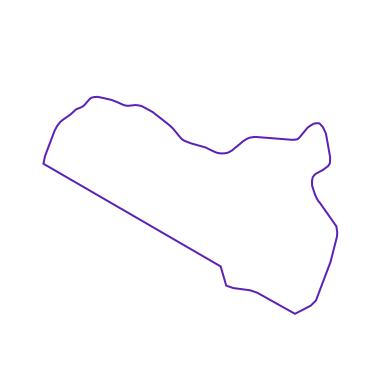 map outline of Tel Aviv (Natural Earth projection), rotated 283°
{"feature_id": "ISR-3057", "entity_name": "Tel Aviv", "entity_type": "District", "adm_level": 1, "iso_a3": "ISR", "parent_name": "Israel", "parent_adm1": "", "projection": "natural_earth1", "projection_center": [34.837, 32.095], "detail": "fine", "context": "isolated", "style": "outline", "palette": "violet", "viewbox_px": 384, "rotation_deg": 283, "n_neighbors": 0, "source": "natural_earth", "source_scale": "10m", "svg_char_len": 1225}
<svg xmlns="http://www.w3.org/2000/svg" viewBox="0 0 384 384"><g transform="rotate(283 192 192)"><path d="M96.5,319.6L108.5,278.3L109.3,270.9L107.7,253.8L108.5,246.4L125.9,236.7L186.1,40.9L193.9,40.7L220.7,44.3L226.2,45.8L230.8,48.0L232.9,49.6L240.4,56.3L246.5,60.5L249.5,64.8L251.0,66.5L253.0,67.9L259.9,71.5L261.5,73.3L262.6,75.6L263.4,78.3L263.6,81.5L263.6,93.2L262.6,99.7L261.5,105.0L261.3,108.4L261.7,110.6L264.0,117.3L264.4,120.5L264.4,123.7L261.1,135.6L252.4,154.2L249.7,159.0L241.4,169.8L240.2,172.9L239.2,179.9L238.4,195.5L237.1,200.9L235.9,206.7L235.9,209.6L236.3,212.5L237.1,215.2L238.0,217.4L239.2,219.2L240.2,220.2L241.4,221.6L245.1,224.3L247.1,226.0L253.0,230.4L256.5,233.9L257.9,236.0L258.9,238.4L259.9,241.1L265.4,278.0L266.2,280.7L267.2,282.9L269.2,284.4L280.6,290.1L282.5,291.7L285.6,294.8L286.3,296.0L287.1,298.1L287.5,300.8L284.8,304.8L279.2,309.3L256.9,318.8L251.2,319.9L247.9,318.8L242.8,314.4L237.8,308.7L235.9,307.3L233.5,306.3L229.8,306.4L225.0,307.7L217.2,312.4L213.8,315.0L211.7,317.0L210.5,318.7L191.3,340.1L191.1,340.2L191.1,340.3L190.7,340.5L189.7,340.9L185.4,342.6L181.1,343.3L155.1,342.7L114.2,337.2L107.9,333.2L96.5,319.7L96.5,319.6Z" fill="none" stroke="#5b21b6" stroke-width="2"/></g></svg>